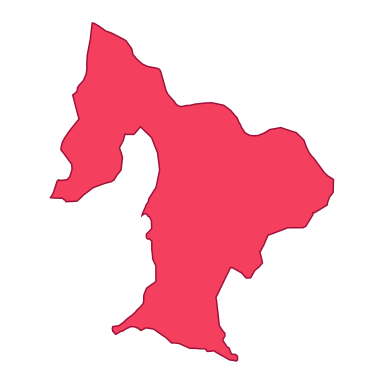 Yarim, Ibb, Yemen
{"feature_id": "15242507B58616339895534", "entity_name": "Yarim", "entity_type": "district", "adm_level": 2, "iso_a3": "YEM", "parent_name": "Yemen", "parent_adm1": "Ibb", "projection": "natural_earth1", "projection_center": [44.288, 14.289], "detail": "fine", "context": "isolated", "style": "filled", "palette": "rose", "viewbox_px": 384, "rotation_deg": 0, "n_neighbors": 0, "source": "geoboundaries", "source_scale": "gbopen_adm2", "svg_char_len": 4918}
<svg xmlns="http://www.w3.org/2000/svg" viewBox="0 0 384 384"><path d="M155.9,275.1L155.9,276.2L155.9,276.7L156.0,280.8L154.7,282.5L150.5,285.3L147.7,287.4L146.6,288.2L145.5,290.7L144.0,294.6L143.8,296.0L143.7,297.3L143.8,299.1L143.5,302.5L143.0,303.7L143.0,303.8L142.3,304.6L141.6,305.4L141.0,306.2L140.3,307.0L139.6,307.8L139.3,308.0L138.8,308.5L137.9,309.2L137.0,310.1L136.2,311.0L135.6,311.8L134.9,312.6L134.6,312.9L134.1,313.3L133.4,314.0L132.5,314.8L131.7,315.5L130.9,316.0L130.1,316.6L129.8,316.8L129.3,317.2L128.5,317.8L127.5,318.6L126.8,319.2L126.0,319.9L125.2,320.7L124.4,321.5L123.6,322.2L123.2,322.6L122.8,322.9L122.0,323.5L121.1,324.1L120.2,324.7L119.4,325.3L118.6,325.8L117.4,325.9L112.8,326.6L112.3,328.5L112.8,331.3L113.5,331.9L114.7,333.1L115.3,334.2L116.3,334.1L118.0,333.1L120.6,331.4L121.8,331.2L122.5,331.0L123.4,330.6L124.4,329.9L124.5,329.8L124.8,329.6L125.0,329.4L126.9,328.4L128.3,327.8L129.7,327.1L129.8,327.0L130.3,326.8L130.6,326.7L134.3,326.7L137.5,328.0L138.1,328.2L140.4,330.3L141.1,330.4L145.8,327.9L148.9,328.3L153.6,329.1L154.1,329.4L155.1,330.1L158.9,332.8L159.4,333.1L162.6,335.4L166.1,337.7L166.7,338.3L168.5,340.0L168.9,340.4L169.9,341.4L171.6,343.0L175.4,343.0L176.9,343.2L179.2,343.6L180.5,344.1L183.7,345.6L189.0,347.9L189.1,348.0L189.4,348.1L189.9,348.3L194.6,348.3L200.6,348.8L202.7,348.8L205.2,348.8L205.8,349.5L206.7,350.7L207.2,351.4L207.7,351.4L211.0,351.2L213.6,350.7L215.7,352.0L218.8,353.8L219.3,354.1L229.0,359.6L229.6,359.9L230.3,360.0L233.8,360.4L236.1,361.0L236.1,360.9L237.5,359.9L237.5,358.2L237.5,356.2L236.6,355.4L235.6,354.6L235.4,354.5L231.9,354.1L231.2,353.6L230.6,352.0L229.2,348.3L228.7,347.7L227.8,347.3L227.2,347.1L225.2,344.0L222.7,340.2L223.6,338.3L224.9,335.9L224.9,333.3L224.6,333.0L223.0,331.2L221.8,329.5L221.1,328.5L221.0,328.3L220.6,327.6L219.9,326.5L219.2,325.3L219.2,325.0L219.2,324.8L217.7,311.0L217.3,308.1L217.3,307.8L217.0,305.3L216.5,300.6L216.5,300.0L216.4,299.7L216.2,299.0L215.9,297.6L216.1,297.3L223.9,281.1L224.1,280.6L229.6,269.4L230.4,267.6L233.0,268.0L241.7,273.0L245.8,277.6L246.1,278.0L250.5,277.9L251.2,276.8L254.9,270.4L258.3,267.5L259.3,266.7L261.4,264.2L262.5,262.9L261.4,257.9L259.8,251.6L260.3,251.6L263.3,245.9L263.6,245.4L267.1,237.3L267.9,235.3L273.3,233.3L281.4,230.2L287.7,227.8L294.2,227.7L295.1,227.7L295.4,227.7L303.0,227.7L305.9,226.2L312.9,214.6L312.9,213.9L312.9,212.7L313.6,212.7L314.5,212.7L320.5,209.1L322.4,207.9L327.1,205.1L327.9,201.4L329.7,196.8L331.6,194.5L333.1,192.4L333.3,187.4L333.5,179.5L327.3,175.6L327.0,175.1L324.5,172.9L319.7,166.3L313.9,158.4L311.5,155.9L308.9,152.3L306.1,146.3L303.9,140.1L301.0,137.2L297.9,134.3L296.2,132.6L291.8,131.3L284.5,128.9L281.2,127.7L280.8,127.6L270.9,129.4L269.9,129.5L264.3,133.0L258.1,135.5L253.5,135.8L249.6,135.3L245.0,132.8L241.2,126.9L240.3,124.4L239.4,123.2L238.3,120.8L237.0,117.7L234.3,114.7L230.4,110.2L229.0,109.2L223.8,105.3L215.4,103.5L211.7,102.8L205.5,103.0L202.5,103.3L195.3,104.1L189.8,105.4L187.6,105.4L186.9,105.4L183.9,106.1L181.7,106.6L179.6,106.3L178.0,105.6L176.0,104.1L174.4,101.7L172.2,99.2L170.3,97.1L167.8,94.2L166.0,90.5L161.4,74.0L160.7,71.7L160.1,70.3L159.6,69.6L159.1,69.2L157.9,68.6L157.1,68.3L154.5,67.8L147.4,66.4L145.4,65.5L142.3,64.0L137.2,59.5L132.9,54.4L131.8,48.9L125.9,40.6L123.4,39.2L115.7,35.2L111.2,32.9L105.5,30.9L99.4,26.4L94.3,23.4L92.2,23.0L90.3,39.3L87.3,55.1L86.9,61.8L86.7,64.8L87.0,67.2L86.3,73.5L85.1,76.7L83.4,80.6L78.9,85.5L78.1,86.7L77.4,88.0L77.4,90.1L75.9,92.5L72.7,95.0L77.1,112.0L79.0,119.0L69.3,131.1L64.5,138.2L62.2,142.7L61.1,147.4L61.0,148.7L60.9,149.8L62.0,151.2L63.8,153.4L68.6,160.0L69.1,160.7L70.1,162.1L71.6,164.1L72.1,168.7L71.1,172.8L69.7,176.7L69.4,177.2L68.5,178.2L67.2,179.7L60.2,180.5L58.5,179.8L57.1,181.2L54.4,189.6L53.9,191.2L52.8,194.0L52.7,194.2L50.5,197.6L51.2,197.8L54.4,198.0L62.6,198.3L64.0,199.7L64.6,199.7L66.0,201.7L67.6,201.6L75.0,201.3L77.1,201.0L80.0,198.5L83.6,194.9L93.1,187.7L99.2,185.4L105.0,183.3L111.2,181.7L113.9,180.1L117.4,174.4L117.7,174.3L121.0,170.1L121.5,166.1L121.9,162.4L122.3,159.0L122.5,157.7L121.3,153.2L120.5,151.0L119.4,147.9L119.9,146.9L120.0,146.7L123.2,140.6L125.0,134.0L126.3,134.4L133.9,134.4L134.6,133.6L140.5,126.8L150.2,136.2L151.6,137.6L152.2,139.2L153.5,142.5L154.2,144.3L155.8,148.5L156.0,148.7L156.2,149.3L157.2,152.0L157.7,153.1L157.8,154.7L159.3,166.8L159.3,167.1L159.6,170.2L156.1,187.2L156.0,187.5L155.2,188.7L154.0,190.6L152.7,192.6L152.2,193.5L149.0,198.4L148.7,199.6L148.2,202.0L146.3,204.6L145.4,207.0L142.5,213.6L142.0,215.5L143.1,214.6L144.5,213.8L145.5,213.7L146.6,214.2L147.2,215.0L147.9,216.1L149.5,216.9L150.4,218.5L151.2,220.0L151.4,220.3L151.6,228.2L151.6,228.8L146.4,234.1L146.4,237.6L147.5,239.0L149.6,239.0L151.8,241.3L151.8,245.9L151.8,246.4L151.8,248.0L151.8,249.5L152.0,251.1L152.3,253.7L152.6,256.5L152.8,258.9L152.9,259.5L155.9,265.8L155.9,268.9L155.9,275.1Z" fill="#f43f5e" stroke="#9f1239" stroke-width="1.5"/></svg>